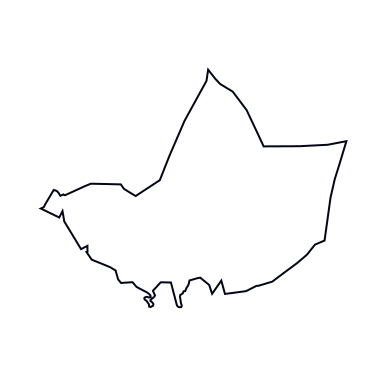 Santiago Huajolotitlán, Oaxaca, Mexico, rotated 286°
{"feature_id": "50627088B70096556657252", "entity_name": "Santiago Huajolotitlán", "entity_type": "district", "adm_level": 2, "iso_a3": "MEX", "parent_name": "Mexico", "parent_adm1": "Oaxaca", "projection": "albers", "projection_center": [-97.715, 17.814], "detail": "fine", "context": "isolated", "style": "outline", "palette": "ink", "viewbox_px": 384, "rotation_deg": 286, "n_neighbors": 0, "source": "geoboundaries", "source_scale": "gbopen_adm2", "svg_char_len": 1657}
<svg xmlns="http://www.w3.org/2000/svg" viewBox="0 0 384 384"><g transform="rotate(286 192 192)"><path d="M314.0,173.8L302.9,175.3L294.5,173.4L258.3,165.2L221.1,160.4L194.5,157.8L173.6,139.8L172.6,139.0L174.9,130.5L176.3,125.6L179.7,121.5L175.5,105.4L172.1,92.5L168.0,87.3L155.9,73.2L153.9,70.8L153.9,70.2L154.0,69.5L154.2,69.1L152.1,66.5L154.5,63.8L155.5,62.2L155.8,60.7L155.8,58.5L139.8,54.3L136.6,53.7L134.4,51.2L130.9,71.4L137.9,72.8L128.4,77.4L115.6,91.3L106.5,101.1L111.4,106.3L105.8,108.0L105.2,107.1L99.3,114.3L98.0,126.6L97.1,134.4L95.4,140.3L92.7,141.9L87.6,145.1L85.0,148.9L86.0,151.6L88.9,159.7L85.5,164.8L83.5,174.1L83.5,174.5L82.9,177.1L82.2,178.6L81.2,180.5L79.6,181.2L78.7,179.6L78.8,178.1L78.6,176.8L77.2,175.4L75.7,176.0L74.7,178.6L73.6,179.7L72.7,181.0L71.6,181.8L70.0,182.4L70.0,183.8L71.8,185.8L73.4,185.9L74.9,184.4L75.8,182.1L76.7,181.8L77.8,182.5L80.9,184.6L82.4,185.0L82.8,184.6L83.1,184.3L85.4,182.4L86.3,181.7L86.8,181.9L89.5,183.3L91.1,184.1L95.6,186.3L96.6,186.9L99.2,196.7L79.6,208.3L78.6,209.0L77.7,210.6L77.8,211.8L78.4,213.4L79.7,213.6L80.7,213.0L82.0,212.1L88.0,209.3L89.7,209.1L91.0,210.2L92.3,211.2L94.1,211.2L95.0,212.7L95.0,212.8L98.1,213.1L100.2,213.8L102.5,214.2L104.2,214.1L106.3,214.0L110.6,220.9L111.9,223.6L107.4,234.1L99.7,239.4L114.9,244.6L103.1,251.8L111.6,271.3L119.5,279.8L120.1,281.6L127.9,293.8L141.0,303.7L152.3,312.4L160.4,317.8L163.7,319.9L175.3,324.7L181.9,332.8L224.8,326.7L243.5,325.7L261.0,326.1L283.4,326.4L274.8,309.4L265.6,282.6L265.5,282.2L255.6,248.3L269.4,236.3L285.8,221.9L299.7,203.5L301.9,195.4L303.6,189.2L307.3,183.1L314.0,173.8Z" fill="none" stroke="#020617" stroke-width="2"/></g></svg>